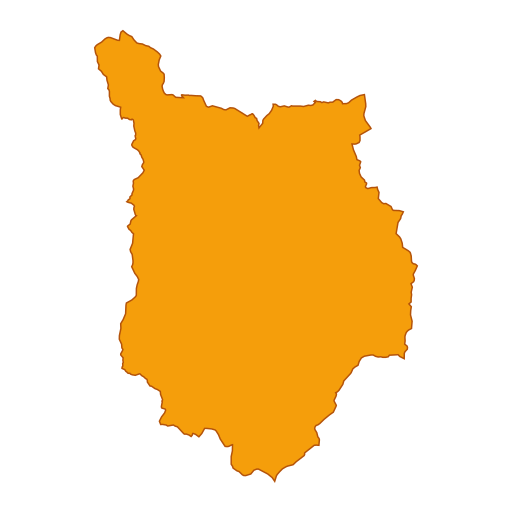 the district of Zamora, Zamora Chinchipe, Ecuador
{"feature_id": "8360857B6169045226043", "entity_name": "Zamora", "entity_type": "district", "adm_level": 2, "iso_a3": "ECU", "parent_name": "Ecuador", "parent_adm1": "Zamora Chinchipe", "projection": "orthographic", "projection_center": [-79.016, -4.004], "detail": "fine", "context": "isolated", "style": "filled", "palette": "amber", "viewbox_px": 512, "rotation_deg": 0, "n_neighbors": 0, "source": "geoboundaries", "source_scale": "gbopen_adm2", "svg_char_len": 6043}
<svg xmlns="http://www.w3.org/2000/svg" viewBox="0 0 512 512"><path d="M371.0,128.6L370.4,127.4L365.4,120.6L363.8,115.8L363.9,113.7L365.8,106.6L365.7,103.7L364.4,94.6L360.0,95.5L356.9,97.0L351.5,100.1L348.7,102.7L346.6,103.6L342.5,103.7L342.2,102.3L341.0,101.0L338.7,99.7L336.2,99.6L332.6,102.2L330.0,102.2L328.3,102.9L323.7,101.9L321.9,102.6L320.3,101.7L317.2,101.5L316.0,101.0L315.4,100.4L314.0,101.4L315.3,102.5L312.8,105.0L310.8,105.5L308.4,105.2L303.6,106.5L300.5,106.1L292.8,106.1L291.4,105.8L289.2,107.1L288.1,107.1L284.3,105.9L280.3,106.8L278.3,106.3L276.8,105.0L275.6,104.3L273.1,104.2L273.3,106.2L271.6,110.3L269.2,113.7L266.8,115.6L263.6,119.1L262.9,120.4L262.7,123.3L259.0,127.9L258.6,125.5L259.0,123.4L257.1,120.6L256.6,118.4L255.1,117.6L254.7,116.6L253.4,114.6L252.7,114.2L252.6,113.8L251.7,113.9L250.6,114.7L250.0,114.8L247.3,116.3L234.8,108.5L233.2,108.0L230.0,107.8L226.1,109.8L225.0,109.8L223.6,109.5L221.4,108.3L212.4,105.8L208.5,107.2L206.4,106.3L203.6,100.2L202.8,97.9L201.4,96.4L200.4,95.9L196.2,95.8L190.9,95.4L189.6,95.5L188.3,95.1L185.0,95.2L182.0,94.8L181.6,94.9L181.6,95.7L183.4,97.7L180.4,97.6L175.7,97.3L173.0,94.9L171.9,94.6L167.2,94.9L165.8,94.5L164.2,92.9L163.3,91.0L162.6,89.0L162.1,86.3L162.4,84.7L163.3,83.4L164.1,81.4L164.3,77.7L164.1,74.2L163.1,73.0L160.6,71.1L158.5,66.6L158.3,64.5L159.2,59.9L160.8,56.0L159.6,54.1L157.4,52.0L153.4,49.0L150.4,47.6L148.8,46.3L145.6,45.6L142.4,44.0L139.1,43.6L136.9,43.0L133.9,39.8L131.8,36.6L129.2,35.5L127.1,34.2L122.9,30.7L121.0,32.1L120.2,34.7L119.4,40.4L117.7,40.3L110.5,37.6L108.3,37.4L106.9,37.8L105.0,38.9L101.6,42.1L97.2,44.7L95.8,46.0L94.7,47.7L95.5,52.6L96.3,54.9L97.3,56.2L97.4,61.6L99.0,65.0L98.5,68.8L101.4,71.3L103.4,74.5L106.6,76.8L107.0,80.3L108.4,84.9L107.8,88.6L109.0,90.0L109.4,91.4L109.4,96.2L110.1,98.6L110.2,100.2L110.9,101.6L113.1,104.1L115.4,105.6L120.7,107.2L120.3,109.8L120.3,114.5L121.7,118.9L122.1,118.9L122.8,117.9L123.7,117.5L125.2,118.1L127.7,118.2L129.4,119.5L131.4,119.8L131.7,119.3L132.2,119.2L133.1,119.7L133.4,120.3L134.0,123.3L133.8,126.0L134.8,130.8L135.7,133.1L135.6,135.3L135.1,135.8L135.8,138.8L135.3,139.7L133.6,140.8L131.8,144.4L131.9,145.5L133.1,147.3L137.5,149.8L138.8,151.1L140.0,153.0L139.9,153.7L141.2,155.1L141.7,157.0L143.1,159.4L143.7,161.7L143.7,162.6L142.4,164.6L141.8,166.6L144.2,170.2L143.0,172.7L138.2,177.7L134.3,179.5L133.4,180.5L133.2,181.7L133.5,183.0L132.9,186.2L133.6,189.1L133.4,190.5L132.0,193.6L132.0,194.9L129.9,197.0L130.0,198.6L129.5,199.2L128.4,199.6L127.9,200.7L126.8,201.7L128.0,202.3L131.4,203.2L134.0,205.3L134.4,206.3L133.9,207.8L133.8,209.4L135.3,214.5L135.8,215.5L136.3,215.7L131.5,219.8L130.9,220.8L130.2,224.0L127.6,226.1L127.5,226.5L129.1,229.4L130.6,230.4L132.0,232.5L133.5,233.7L132.6,243.3L130.1,249.4L130.6,251.6L132.2,254.5L133.0,260.6L133.0,262.8L132.6,264.8L131.7,266.7L134.8,273.3L137.3,276.6L138.7,279.5L138.3,281.6L137.2,284.7L136.4,288.4L136.3,295.5L135.1,297.1L131.8,300.0L126.4,303.0L126.0,305.1L125.6,313.8L123.1,319.7L120.7,323.7L120.9,328.4L119.4,335.6L119.3,339.2L121.6,344.2L121.9,347.9L122.9,349.3L122.5,350.7L120.8,353.7L120.7,354.2L120.8,355.0L123.1,357.8L122.9,360.2L123.3,362.5L122.7,363.3L122.8,366.0L122.1,367.1L122.0,368.4L124.7,369.6L125.9,371.4L126.6,371.8L127.8,373.1L129.0,373.4L129.9,373.3L130.7,374.2L132.3,374.8L135.3,375.3L139.5,373.8L140.0,373.9L141.8,375.7L143.6,376.7L145.6,378.6L146.8,379.2L147.3,380.3L147.4,382.1L150.0,386.0L151.5,386.2L155.1,388.7L157.2,389.4L160.3,391.4L160.6,394.5L162.5,399.4L162.5,400.1L161.9,401.1L162.3,401.8L161.4,406.5L161.5,407.5L161.9,408.1L165.0,409.0L165.5,409.6L165.6,410.3L164.6,412.9L161.5,417.0L159.4,421.2L160.7,424.5L162.5,424.4L166.1,425.0L167.7,426.0L173.4,425.0L175.1,426.1L177.4,426.8L183.9,433.8L184.9,434.2L186.1,434.0L189.0,435.0L191.1,436.5L192.2,435.2L192.7,433.5L193.0,433.4L195.5,434.3L198.9,436.8L201.8,433.5L204.6,428.4L206.7,428.4L211.6,428.9L215.0,429.9L216.1,430.9L218.5,434.7L220.3,439.1L225.1,446.4L227.1,446.6L228.7,446.4L231.9,444.8L232.5,444.7L232.4,450.9L231.2,456.5L231.2,464.2L232.5,466.2L233.1,468.1L236.9,470.8L239.1,471.6L242.4,474.8L243.7,475.5L245.6,475.6L250.8,474.0L253.9,470.2L256.7,469.1L258.5,469.1L267.8,474.0L272.2,477.6L274.7,481.3L276.4,475.9L277.2,474.5L279.7,471.6L282.5,468.8L285.9,466.8L287.6,466.1L293.1,464.7L296.2,461.7L304.1,455.6L304.6,454.6L304.6,453.0L305.1,452.5L314.2,445.3L316.4,445.1L318.9,445.3L319.4,439.8L319.0,438.4L317.8,436.8L316.8,432.7L314.9,429.5L314.7,428.2L315.0,427.0L316.1,425.4L317.8,424.9L319.8,423.5L324.1,419.3L329.7,414.7L333.3,412.2L336.0,406.4L336.3,405.3L334.2,401.3L334.0,400.4L336.0,396.2L336.4,394.6L336.4,393.8L335.7,392.7L337.3,391.9L338.9,390.4L342.8,384.4L343.8,380.9L350.6,373.5L351.3,372.4L352.8,368.9L355.0,367.0L358.0,365.3L359.2,361.4L361.4,357.9L364.4,356.2L370.9,355.0L373.2,355.0L375.5,356.3L378.2,357.0L380.8,356.8L382.7,357.3L385.7,357.3L388.2,356.8L389.4,355.2L398.1,354.7L399.8,356.5L404.2,358.7L404.3,353.3L405.0,351.7L407.3,349.2L407.5,347.4L407.1,346.1L404.7,344.1L405.1,340.9L404.9,337.1L405.1,335.6L406.2,332.6L407.1,331.4L408.5,330.1L411.5,328.5L412.1,321.2L410.5,314.9L410.7,310.6L411.3,306.7L408.9,303.9L411.1,302.0L411.1,298.4L411.6,294.8L411.2,292.2L412.3,287.2L411.0,283.7L413.6,281.7L414.2,280.4L414.4,278.6L413.3,275.2L413.3,274.1L415.3,270.5L417.3,265.9L416.0,264.6L414.9,264.0L413.4,263.8L411.9,262.5L411.5,261.1L411.2,256.0L410.4,253.0L409.9,252.1L408.2,250.7L402.7,247.4L402.2,243.2L400.8,238.9L399.6,237.0L396.1,233.6L398.0,222.5L400.6,218.6L401.2,215.8L402.3,214.1L403.3,211.8L399.3,210.6L393.4,210.4L392.4,209.6L391.0,206.5L385.9,203.5L383.7,203.7L381.7,202.6L378.3,198.6L379.0,192.4L377.6,189.4L377.1,187.1L375.2,187.5L371.4,187.6L367.8,188.6L365.9,187.7L365.5,187.1L365.5,186.4L366.6,183.8L366.5,183.0L364.8,181.9L364.5,180.1L361.1,176.9L359.5,173.4L359.1,170.4L360.3,167.7L359.5,165.2L360.7,161.8L359.9,160.9L356.9,159.6L356.3,156.5L353.4,149.7L352.0,144.0L354.9,144.1L356.4,143.8L359.1,142.5L360.0,140.5L360.0,136.9L359.7,135.1L371.0,128.6Z" fill="#f59e0b" stroke="#b45309" stroke-width="1.5"/></svg>